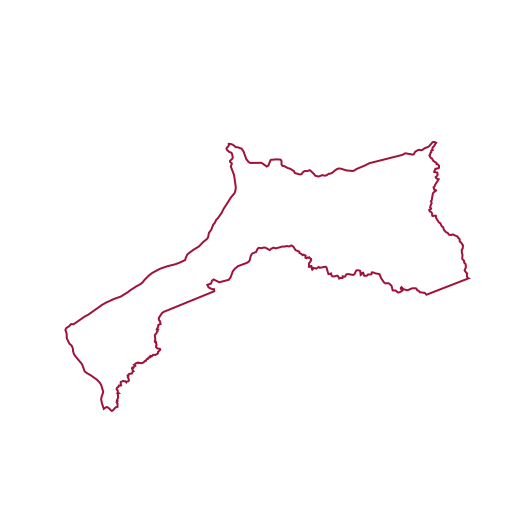 Mera, Pastaza, Ecuador (orthographic projection), rotated 76°
{"feature_id": "8360857B12620262069407", "entity_name": "Mera", "entity_type": "district", "adm_level": 2, "iso_a3": "ECU", "parent_name": "Ecuador", "parent_adm1": "Pastaza", "projection": "orthographic", "projection_center": [-78.038, -1.449], "detail": "fine", "context": "isolated", "style": "outline", "palette": "rose", "viewbox_px": 512, "rotation_deg": 76, "n_neighbors": 0, "source": "geoboundaries", "source_scale": "gbopen_adm2", "svg_char_len": 6040}
<svg xmlns="http://www.w3.org/2000/svg" viewBox="0 0 512 512"><g transform="rotate(76 256 256)"><path d="M141.1,253.6L140.6,255.3L142.1,255.6L143.2,256.7L143.8,258.0L144.7,258.7L146.1,258.4L148.3,257.0L149.8,255.0L150.5,254.6L154.2,254.6L155.2,254.9L156.1,255.8L157.3,258.1L158.0,258.4L158.7,258.3L160.1,257.1L160.8,257.2L163.1,258.8L172.2,257.7L184.6,259.0L187.6,260.2L189.8,261.6L193.0,266.0L202.5,276.1L205.8,278.9L210.2,284.0L211.0,285.6L213.9,288.0L215.2,289.9L219.7,293.1L222.2,296.1L226.3,298.0L227.7,299.6L229.4,303.4L232.9,309.0L234.7,314.8L237.1,320.7L238.1,322.5L240.8,324.6L242.8,325.7L244.1,332.6L244.5,336.7L244.5,344.7L245.2,352.4L247.3,360.7L249.1,364.8L252.1,369.8L254.3,372.6L255.5,375.5L256.5,379.5L259.0,386.7L260.1,389.1L262.7,397.2L263.3,404.1L264.9,412.5L266.2,417.3L272.3,432.8L273.4,437.1L278.1,449.5L277.3,452.0L278.9,454.1L280.0,457.5L281.0,458.4L282.0,458.9L283.2,458.6L286.2,458.6L289.3,459.4L290.7,459.4L296.0,458.2L298.5,456.5L301.5,456.1L304.0,456.5L307.0,456.4L310.2,455.2L318.0,451.4L319.5,450.9L326.4,450.2L328.4,448.7L331.9,445.1L337.6,440.2L341.1,438.2L344.0,437.4L350.6,437.1L353.0,438.3L355.2,439.9L357.8,441.0L361.7,441.1L367.5,440.7L366.4,437.7L366.5,437.1L367.9,435.7L371.2,433.7L371.4,433.4L371.3,432.4L368.9,428.8L368.9,426.9L365.5,426.0L364.5,426.7L364.0,426.6L363.3,425.4L362.5,425.9L360.1,424.1L356.8,423.5L355.9,423.7L355.9,422.4L355.1,423.1L352.8,422.7L352.5,423.1L351.3,423.5L350.1,422.6L349.8,421.2L348.5,420.4L349.0,418.6L348.9,418.1L346.6,418.1L345.5,417.7L345.1,414.9L345.6,414.4L345.9,413.1L347.1,412.5L346.7,412.2L346.6,410.0L345.7,409.4L344.2,409.3L342.4,409.8L341.5,408.8L340.8,409.3L339.7,407.5L340.0,404.9L338.6,403.8L338.2,402.7L337.0,403.4L335.8,403.1L335.2,403.6L334.8,403.5L334.3,402.9L334.8,402.0L334.0,401.3L333.4,399.7L332.1,400.5L332.0,399.8L331.3,399.2L330.8,396.8L331.4,396.3L331.1,395.6L332.3,393.3L332.3,391.7L331.6,390.0L331.1,389.5L331.1,388.2L329.8,387.3L329.6,385.5L328.6,385.0L328.7,383.1L327.7,383.2L327.4,382.4L328.0,381.2L327.0,379.7L327.6,377.7L327.1,375.3L326.6,374.7L325.5,374.4L324.0,371.8L323.4,371.5L322.9,371.7L321.7,374.2L320.4,375.0L319.0,374.7L318.7,374.2L317.6,373.9L316.7,374.2L315.4,373.8L315.0,374.7L314.3,374.3L313.9,374.7L312.4,373.8L308.9,373.5L307.9,373.0L306.9,371.3L305.6,370.5L305.4,369.8L304.6,369.7L303.8,368.9L303.4,370.1L303.1,370.1L301.3,368.2L299.3,367.5L298.9,365.0L295.9,365.0L294.8,365.6L293.6,365.6L292.3,365.0L288.8,361.2L287.9,359.3L280.1,305.0L278.0,304.8L277.8,306.2L275.7,308.9L274.2,309.9L272.2,310.2L271.9,306.4L269.3,304.6L268.5,302.8L272.6,298.0L272.5,288.1L270.4,285.7L265.2,282.2L263.2,279.5L261.5,276.0L260.4,266.2L259.5,264.0L258.5,263.1L254.5,261.0L253.4,259.9L252.6,258.8L252.1,254.9L249.4,252.7L248.7,251.3L249.7,249.0L249.7,246.2L250.4,244.6L253.5,241.4L252.6,239.2L252.1,237.2L253.4,234.8L253.2,228.0L253.8,225.9L253.8,223.6L254.8,221.5L254.3,219.5L254.6,218.6L256.2,217.4L259.9,216.2L262.2,213.0L263.6,213.1L265.1,211.4L266.5,210.6L266.2,209.5L267.6,207.8L269.2,208.4L269.8,208.4L270.3,207.8L269.9,206.3L270.5,205.6L270.2,204.6L271.6,204.0L272.1,203.3L273.0,203.3L273.8,203.8L276.0,206.3L279.3,207.3L279.5,206.8L279.0,205.3L279.1,204.7L281.2,205.0L282.9,204.7L282.7,204.2L281.6,203.9L281.3,203.5L282.8,200.4L281.8,197.8L282.9,196.9L283.2,191.1L284.0,190.4L291.0,190.1L291.3,189.4L291.1,187.4L293.4,187.4L294.3,186.7L294.7,185.2L294.7,182.1L295.6,181.2L298.0,180.7L297.6,179.5L298.3,177.4L296.7,176.8L297.5,175.2L297.5,174.5L295.9,173.1L295.6,172.4L295.9,170.7L297.8,166.6L297.8,165.7L297.4,164.8L294.4,162.3L294.3,161.6L294.8,159.7L295.7,158.5L299.7,159.0L299.4,158.2L298.0,156.8L298.2,156.0L301.1,155.9L301.5,155.5L301.9,153.5L301.8,152.8L301.0,151.8L301.7,148.9L301.4,148.2L300.0,147.7L300.0,146.8L301.9,144.0L303.2,140.9L303.6,140.5L307.7,140.0L312.8,138.1L313.9,137.0L314.4,134.1L315.6,133.0L317.7,131.7L322.2,131.7L322.6,131.5L323.2,129.0L325.8,127.0L325.9,125.3L325.0,122.3L324.4,122.3L322.8,123.4L322.0,123.2L321.4,122.4L324.0,120.8L325.9,117.3L325.1,112.1L326.0,108.8L326.4,108.3L328.3,107.8L329.2,106.5L330.8,105.8L332.6,101.2L334.8,100.0L329.1,55.2L328.6,55.8L326.6,56.3L323.9,55.4L323.5,55.8L320.5,57.1L317.9,55.2L315.6,54.7L314.5,54.6L312.7,55.6L310.9,55.3L309.0,56.5L308.0,56.4L305.0,55.4L301.9,55.4L299.6,54.7L298.8,53.7L295.8,52.6L292.9,53.6L291.0,54.9L289.7,54.4L288.7,54.4L287.3,55.4L286.0,55.7L282.6,59.9L282.9,61.4L282.1,63.5L279.9,64.5L278.9,65.8L277.3,66.8L275.7,67.4L273.5,67.4L272.1,68.6L268.8,69.2L268.0,70.2L263.7,71.8L262.3,72.0L260.6,71.7L260.1,72.4L260.1,74.5L259.5,75.3L257.3,74.8L255.3,75.7L254.8,76.5L253.5,76.9L253.1,76.7L252.6,74.8L252.2,74.6L250.9,75.3L248.0,73.5L247.3,72.8L246.5,72.7L245.2,73.1L244.4,72.0L238.8,69.6L237.4,68.6L236.1,65.5L235.5,65.7L234.7,67.0L232.3,67.1L231.8,66.1L230.3,65.0L225.7,60.2L224.3,62.2L222.9,62.6L222.2,61.2L221.0,60.0L218.9,59.9L217.7,62.8L217.4,62.8L214.8,60.8L215.1,60.1L214.8,59.2L215.0,57.5L214.3,56.9L212.6,56.6L211.2,57.4L210.4,58.6L209.7,58.3L209.1,58.6L206.7,60.9L203.9,61.7L202.9,62.8L200.4,63.4L200.0,62.7L199.5,62.7L198.6,61.8L198.1,61.7L197.6,60.8L196.1,60.4L196.0,58.9L194.8,59.1L193.4,58.2L192.2,56.3L191.1,55.5L189.8,53.8L189.5,54.1L188.4,55.4L188.3,57.1L191.3,61.4L191.9,63.0L192.1,66.0L193.4,69.1L193.3,70.3L192.5,71.6L192.5,73.7L193.4,76.4L195.3,78.1L195.6,79.3L192.6,85.9L192.5,86.8L193.1,88.4L193.3,90.4L193.4,123.5L194.6,128.8L195.9,137.6L196.8,139.5L196.9,141.5L195.0,147.2L191.5,153.1L191.1,154.9L191.2,156.2L192.0,158.4L193.9,162.5L194.0,164.6L193.8,165.5L194.8,168.1L194.6,170.2L193.6,172.0L194.0,176.2L192.4,179.1L190.5,179.9L186.4,182.5L185.7,183.2L186.1,185.3L185.3,188.4L186.3,190.6L187.3,191.5L187.7,192.9L186.9,194.9L184.8,198.3L182.9,198.6L179.7,201.6L178.4,203.8L175.6,206.9L175.0,208.4L174.3,208.9L173.1,209.1L170.9,208.4L169.7,208.4L168.6,208.7L168.2,209.4L167.1,213.1L166.3,218.2L166.7,218.9L171.1,222.0L171.8,223.9L167.7,227.4L166.8,228.5L164.3,239.2L162.7,240.6L159.6,242.0L151.5,242.8L148.4,244.0L146.2,247.2L145.5,249.3L142.4,251.6L141.1,253.6Z" fill="none" stroke="#9f1239" stroke-width="2"/></g></svg>